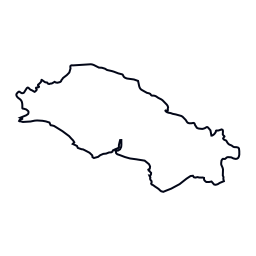 an SVG outline of Manabi, rotated 268°
{"feature_id": "ECU-1282", "entity_name": "Manabi", "entity_type": "Province", "adm_level": 1, "iso_a3": "ECU", "parent_name": "Ecuador", "parent_adm1": "", "projection": "natural_earth1", "projection_center": [-80.093, -0.733], "detail": "fine", "context": "isolated", "style": "outline", "palette": "ink", "viewbox_px": 256, "rotation_deg": 268, "n_neighbors": 0, "source": "natural_earth", "source_scale": "10m", "svg_char_len": 4850}
<svg xmlns="http://www.w3.org/2000/svg" viewBox="0 0 256 256"><g transform="rotate(268 128 128)"><path d="M71.5,222.0L69.9,217.7L68.8,215.9L68.4,214.6L68.2,213.2L68.6,212.0L71.6,209.6L71.2,207.3L71.3,204.4L72.0,203.5L73.1,202.5L74.1,202.2L75.5,202.2L75.9,200.9L75.9,199.5L76.0,197.5L76.5,195.8L76.1,193.5L76.5,192.1L78.0,191.2L77.8,188.8L75.3,184.7L70.1,177.6L65.9,169.1L64.1,164.0L63.0,161.1L63.6,159.0L64.6,157.8L65.8,156.7L66.9,155.3L67.6,154.3L68.3,153.3L69.4,151.9L70.4,150.5L70.7,149.7L71.6,149.2L72.8,149.7L74.0,149.7L75.2,148.8L76.4,148.3L77.7,148.6L78.7,148.1L79.7,147.7L79.5,148.6L81.1,149.4L82.4,149.5L83.4,148.5L84.1,148.2L84.7,147.2L85.7,146.9L86.5,148.3L87.3,148.5L88.8,148.7L91.0,147.8L92.8,145.8L94.8,143.5L96.0,137.3L96.4,135.3L97.5,128.9L99.1,123.9L101.0,119.4L102.1,116.5L102.5,116.0L103.2,115.3L104.5,115.1L105.6,114.7L105.8,117.3L107.0,119.3L109.3,120.5L111.5,120.8L116.2,120.9L116.2,119.7L113.8,119.0L111.2,118.3L109.4,118.3L108.2,117.3L107.2,114.5L106.1,112.1L104.9,111.6L104.3,110.5L104.2,108.1L103.2,105.3L103.0,102.4L101.8,99.3L100.2,97.1L99.2,92.9L100.1,91.5L101.9,91.3L104.6,88.7L107.3,84.0L108.2,82.3L108.4,80.9L109.2,78.8L109.9,77.1L111.8,76.4L112.9,74.4L114.0,72.2L115.6,73.8L117.5,72.7L119.5,70.9L121.9,68.9L127.1,62.4L131.2,56.3L132.6,54.2L133.2,52.3L133.4,51.0L133.8,50.6L134.4,50.4L136.2,49.7L137.5,46.0L138.2,42.7L138.7,37.4L138.6,35.0L137.9,30.8L137.7,23.2L138.5,20.6L138.5,19.8L138.8,19.4L139.7,19.9L140.1,20.4L140.4,21.1L140.8,22.6L141.5,22.6L141.6,21.4L142.0,20.6L144.2,26.6L145.3,28.4L145.8,28.8L146.5,29.0L147.1,29.1L147.6,29.1L148.0,29.0L148.3,28.9L148.8,28.4L149.1,28.0L149.6,27.6L149.8,27.2L150.1,26.9L150.4,26.0L150.8,24.9L151.0,23.8L151.1,23.5L151.2,23.3L151.4,23.2L151.6,23.1L151.9,23.1L154.8,23.2L156.3,23.1L157.9,22.8L159.0,22.3L159.5,22.0L160.4,21.2L162.2,19.0L162.7,18.6L163.2,18.2L164.2,17.7L164.8,17.6L165.4,17.6L165.9,17.8L166.2,18.0L167.1,18.8L167.8,19.6L168.0,19.9L168.1,20.2L168.1,20.4L168.1,20.6L168.0,20.9L167.1,22.0L166.8,22.6L166.6,22.9L166.5,23.2L166.5,23.6L166.5,24.0L166.6,24.4L166.7,24.7L166.9,25.1L167.2,25.4L171.3,28.2L171.6,28.6L171.8,28.9L171.9,29.1L171.9,29.3L171.8,29.6L171.6,29.9L171.0,30.6L170.4,31.0L170.0,31.5L169.5,32.2L169.2,33.0L167.5,35.7L167.4,35.9L167.6,36.3L167.9,36.7L168.8,37.7L169.3,38.0L169.7,38.1L170.0,37.9L170.5,37.6L170.8,37.5L171.2,37.4L171.5,37.6L171.6,38.0L171.8,39.7L171.9,40.2L172.1,40.4L172.3,40.5L172.5,40.5L172.8,40.3L173.4,39.7L173.9,39.5L174.3,39.6L174.7,40.0L175.2,40.7L176.9,42.5L177.6,42.9L178.1,43.0L178.7,43.1L179.0,43.2L179.1,43.3L179.1,43.5L176.8,46.5L176.6,46.9L176.5,47.3L176.4,48.0L176.3,48.5L176.2,48.9L176.1,49.0L175.9,49.1L175.6,49.2L175.4,49.3L175.2,49.5L175.0,49.8L174.9,50.1L174.8,50.4L174.7,50.8L174.8,51.1L175.1,52.0L175.1,52.4L175.1,53.2L175.3,53.7L176.7,56.3L176.1,57.2L175.9,57.9L175.7,59.0L176.1,61.0L176.5,62.1L177.2,62.8L177.9,63.0L178.3,63.3L179.1,64.0L180.2,64.8L180.8,65.6L183.0,68.7L185.3,71.1L185.8,71.4L188.9,72.4L189.4,72.6L190.8,72.5L191.4,72.5L192.2,72.8L192.6,73.7L192.5,75.4L193.0,93.1L192.7,94.6L192.1,96.1L189.4,101.0L189.2,103.3L189.1,104.1L188.1,107.0L186.7,109.1L185.5,113.7L184.8,115.8L182.9,120.3L181.9,123.8L181.6,124.4L180.7,125.0L179.8,125.3L179.1,125.8L178.2,127.0L177.5,128.7L176.3,135.6L174.7,139.7L169.1,140.7L167.7,141.2L166.7,141.8L165.8,142.7L162.5,148.1L162.2,149.2L161.8,150.5L161.3,151.4L160.0,152.3L159.6,152.9L159.5,153.7L159.5,154.4L159.4,155.2L159.2,155.9L158.8,156.9L158.1,157.9L157.0,159.4L155.6,162.0L154.6,163.4L150.1,167.5L148.9,168.3L147.3,168.8L146.5,168.6L145.9,168.4L144.5,168.5L144.0,168.3L143.9,167.8L144.1,166.9L144.2,166.2L143.9,166.0L143.3,166.4L142.5,167.4L141.9,168.9L141.4,171.2L140.6,173.2L139.9,176.2L138.2,181.6L137.4,182.9L134.0,186.0L132.2,187.0L131.2,187.8L130.6,189.3L130.5,191.3L130.8,193.6L130.6,194.2L130.2,194.6L128.2,195.3L126.9,196.3L126.3,196.4L125.9,196.7L125.4,197.5L125.0,198.6L124.6,201.3L124.5,202.5L124.8,203.7L125.1,204.7L126.1,206.5L126.2,207.1L125.7,208.0L122.8,210.3L117.5,211.1L117.5,211.8L117.9,212.6L118.8,213.9L120.0,214.9L120.8,215.5L121.7,215.7L122.2,215.9L122.4,216.2L122.4,216.7L122.3,217.5L122.4,218.5L123.3,221.4L122.9,222.4L121.7,222.8L118.3,222.5L117.1,223.2L116.6,223.9L116.1,224.1L115.6,223.7L114.9,223.1L114.3,222.7L113.6,223.0L112.9,223.7L112.1,225.5L111.5,226.0L110.3,226.6L109.5,227.1L108.4,228.0L107.8,228.9L107.3,230.1L106.7,231.2L105.9,232.1L105.3,233.2L105.1,234.3L105.1,235.2L105.0,236.0L104.8,236.6L104.6,237.3L104.2,237.8L103.5,238.2L101.0,238.4L97.5,238.3L95.6,237.8L94.3,237.1L93.6,236.0L93.4,235.0L93.4,234.1L93.7,233.2L93.9,232.3L94.9,230.5L95.1,229.9L95.4,227.0L95.3,226.1L94.9,225.4L93.8,224.1L93.7,223.5L93.7,222.9L93.9,221.9L93.4,221.1L92.2,220.3L89.7,219.9L88.1,219.9L85.1,221.1L83.4,221.5L77.2,221.1L76.0,221.6L75.4,221.7L73.8,221.5L71.5,222.0L71.5,222.0Z" fill="none" stroke="#020617" stroke-width="2"/></g></svg>